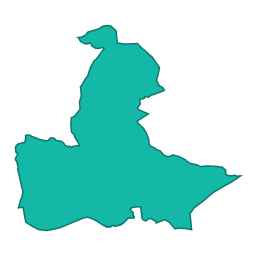 the district of Shanga, Kebbi, Nigeria
{"feature_id": "59680162B85769693016783", "entity_name": "Shanga", "entity_type": "district", "adm_level": 2, "iso_a3": "NGA", "parent_name": "Nigeria", "parent_adm1": "Kebbi", "projection": "orthographic", "projection_center": [4.585, 11.206], "detail": "fine", "context": "isolated", "style": "filled", "palette": "teal", "viewbox_px": 256, "rotation_deg": 0, "n_neighbors": 0, "source": "geoboundaries", "source_scale": "gbopen_adm2", "svg_char_len": 5160}
<svg xmlns="http://www.w3.org/2000/svg" viewBox="0 0 256 256"><path d="M18.3,207.8L23.1,207.3L24.9,217.5L25.8,222.2L33.0,226.7L38.8,229.6L46.8,230.5L54.4,229.0L60.0,227.7L82.5,218.3L87.4,217.1L91.5,218.5L96.2,220.7L103.8,225.6L104.3,225.4L104.6,225.7L104.8,225.5L105.2,225.6L105.3,226.0L105.5,226.2L105.7,226.7L106.2,226.7L106.5,227.0L106.8,227.0L107.5,226.6L107.6,226.8L107.8,227.1L108.3,227.2L108.6,226.8L109.3,226.8L109.6,227.0L110.3,227.0L110.6,226.8L110.8,226.7L110.7,226.6L110.8,226.3L112.2,225.7L112.8,225.7L113.5,225.6L113.7,225.3L113.9,225.2L114.2,225.7L114.3,226.1L114.8,226.3L115.1,226.0L115.9,226.1L116.3,226.0L116.6,226.1L116.9,225.7L118.9,225.3L119.0,225.1L119.3,225.3L119.8,225.3L120.1,224.9L120.7,224.6L121.1,224.4L121.6,224.5L122.0,224.2L122.3,223.8L122.8,223.4L123.4,223.2L123.5,223.1L123.6,222.8L124.1,222.4L124.6,221.9L124.7,221.7L124.9,221.4L125.4,220.9L126.0,220.7L126.3,220.4L126.5,220.3L126.5,219.9L126.4,219.7L126.9,219.3L127.3,218.9L127.8,218.3L128.4,217.9L128.8,218.1L129.1,218.3L129.6,218.0L130.4,218.0L130.5,218.0L131.5,218.0L133.4,218.1L133.8,217.8L134.4,217.4L134.2,216.6L133.6,215.8L133.2,214.7L132.9,213.5L133.2,213.1L133.2,212.6L132.3,212.0L132.1,211.4L131.4,210.7L130.7,209.7L130.4,209.4L130.1,209.0L130.6,208.5L131.7,207.9L132.9,207.3L135.0,207.1L138.5,206.8L140.9,207.1L140.6,208.2L141.0,209.2L141.3,210.6L141.2,211.7L141.2,212.5L141.5,213.2L141.8,213.5L141.9,214.1L141.7,214.4L141.6,215.4L141.7,216.1L141.8,216.4L141.7,216.8L141.8,217.3L142.0,218.2L142.3,218.5L142.6,219.1L143.7,220.1L145.6,221.0L147.2,219.9L148.4,218.9L151.0,218.5L153.4,220.1L155.4,221.1L156.1,222.2L156.2,223.0L163.9,219.9L165.8,220.0L169.6,222.6L175.1,228.9L177.4,228.2L185.2,228.5L191.1,229.5L191.6,229.7L190.0,213.6L191.0,212.3L194.3,207.6L201.9,202.1L212.9,192.7L224.4,185.9L231.6,182.0L240.6,175.9L239.1,175.9L236.6,176.3L234.7,175.2L232.4,175.7L231.0,175.9L227.0,175.3L225.5,173.1L225.7,170.2L222.0,167.0L220.8,167.0L219.7,167.0L216.1,166.3L212.2,166.3L208.2,165.9L200.2,166.6L197.0,164.8L190.4,163.5L186.4,160.9L185.6,159.9L182.4,158.3L179.1,156.6L176.5,155.9L172.4,154.9L171.4,155.9L167.8,156.6L163.5,155.1L162.6,153.6L160.9,152.0L160.7,151.2L156.4,149.5L154.0,147.6L150.5,146.1L149.7,145.2L149.0,144.4L148.8,139.4L146.4,133.1L143.2,128.0L138.0,123.2L137.5,121.1L137.4,120.9L147.5,114.4L147.9,114.1L148.3,113.9L138.9,109.8L137.6,108.6L137.7,107.5L137.7,107.3L138.8,106.5L138.9,106.4L139.2,105.3L139.3,105.1L140.2,104.0L140.4,103.7L139.6,101.4L139.9,99.8L140.0,99.5L141.5,99.1L142.4,98.8L143.4,98.6L144.5,98.1L144.8,97.0L144.9,96.7L146.4,96.5L147.9,97.3L149.8,96.5L151.0,95.1L152.4,94.8L153.7,94.5L154.9,94.1L156.0,93.6L158.2,92.8L159.5,92.4L161.0,91.8L162.0,91.3L162.8,91.0L163.5,90.8L164.3,90.3L162.6,87.5L159.3,85.8L156.6,80.2L158.8,71.2L159.5,67.6L151.5,56.1L149.9,55.9L149.7,55.1L144.1,49.9L142.8,49.0L142.5,48.8L137.4,43.5L136.5,43.6L130.2,43.9L124.5,44.1L117.3,42.9L116.3,33.3L116.1,30.8L110.8,26.0L108.1,25.5L102.9,26.2L99.3,28.6L93.0,30.6L87.9,32.1L85.2,35.4L81.1,37.2L78.1,37.5L78.7,37.9L79.0,38.8L80.1,40.7L80.7,41.4L81.2,41.9L82.1,42.2L82.9,42.6L83.8,43.1L84.4,43.6L85.0,43.6L85.6,43.9L86.3,43.8L86.9,44.0L87.5,43.7L88.1,43.3L88.8,43.3L89.2,43.5L89.6,43.3L90.2,43.2L91.1,43.8L91.4,44.4L91.4,44.9L91.7,45.6L92.1,46.0L92.6,46.5L92.8,46.7L93.7,46.6L93.9,47.0L94.8,47.2L95.0,47.9L95.3,48.3L98.6,48.4L100.8,47.9L102.5,47.5L104.2,48.3L96.6,58.8L94.0,61.0L92.2,64.4L90.6,67.2L89.3,70.9L87.9,75.7L85.1,79.2L83.1,82.8L81.5,85.6L81.4,85.8L80.6,86.4L80.4,86.6L80.5,87.9L80.9,90.2L81.2,94.3L81.3,96.0L79.6,101.5L79.5,103.0L79.7,104.7L80.1,108.9L79.4,110.3L78.3,111.6L74.0,116.9L71.4,117.5L70.9,124.5L71.2,129.9L71.7,132.3L74.5,134.7L74.7,137.1L78.5,143.2L79.3,146.0L77.9,145.8L76.8,145.8L75.5,146.0L74.7,146.1L73.2,146.3L72.3,146.9L71.6,147.7L70.4,146.5L69.5,146.2L68.3,146.6L67.5,146.5L66.6,145.9L65.9,145.9L65.2,145.4L64.6,144.9L64.4,144.2L63.9,143.5L63.1,142.7L61.7,141.4L60.5,141.2L59.1,140.9L57.0,140.7L55.9,140.3L55.5,139.8L54.9,139.0L54.3,138.4L53.6,138.2L52.4,137.9L51.6,137.8L50.8,137.9L50.3,138.2L50.0,138.6L49.5,139.1L48.9,139.7L48.5,140.1L47.9,140.5L47.4,140.8L46.4,140.7L44.2,140.6L42.2,140.0L41.0,139.6L40.2,139.7L39.5,139.4L38.6,139.1L37.5,138.7L36.7,138.4L35.7,137.8L34.4,137.4L33.2,136.9L32.3,136.6L31.8,136.4L31.1,136.0L30.6,135.5L29.9,135.2L28.9,135.0L28.0,135.0L27.4,135.1L26.7,135.1L26.1,135.3L25.6,135.5L25.7,138.1L25.5,138.9L25.3,139.8L25.5,140.4L25.3,141.0L24.9,141.6L24.7,142.0L24.5,142.3L24.2,142.5L24.0,142.9L23.2,142.9L22.7,142.5L21.9,142.9L21.6,143.2L21.0,143.4L20.3,143.4L19.7,143.5L19.2,143.7L18.5,143.8L18.0,144.0L17.5,144.6L16.9,145.1L16.5,145.6L16.0,146.3L15.6,146.9L15.6,147.7L15.5,148.4L15.5,149.2L15.7,150.3L15.7,151.3L16.1,152.6L17.3,153.4L17.6,154.7L16.5,156.6L15.6,157.9L15.4,159.3L15.7,160.2L16.3,160.9L16.8,162.1L17.2,163.1L17.6,163.9L17.5,164.4L17.6,165.0L17.7,165.4L17.8,165.9L18.0,166.5L18.2,167.1L18.1,168.1L17.7,168.8L18.0,169.3L17.8,169.9L18.1,170.7L18.3,171.1L18.2,172.1L18.5,172.7L18.9,173.2L19.1,173.8L18.8,174.4L19.4,176.1L19.6,177.8L20.7,182.2L22.0,188.1L23.0,191.4L22.2,196.3L21.8,197.1L20.1,201.6L19.8,203.3L19.0,205.6L18.3,207.8Z" fill="#14b8a6" stroke="#0f766e" stroke-width="1.5"/></svg>